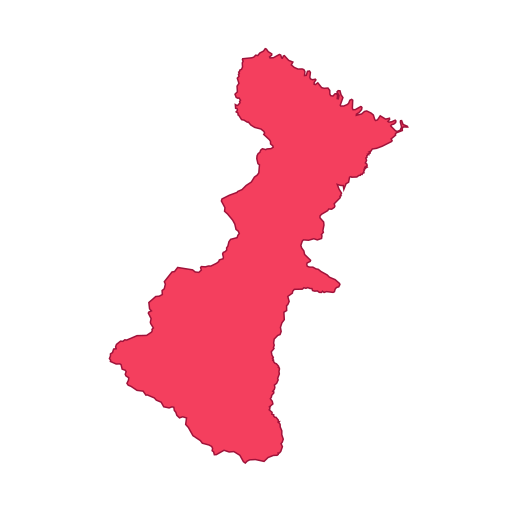 the district of Buga, Valle del Cauca, Colombia, rotated 101°
{"feature_id": "7082276B89105760254188", "entity_name": "Buga", "entity_type": "district", "adm_level": 2, "iso_a3": "COL", "parent_name": "Colombia", "parent_adm1": "Valle del Cauca", "projection": "robinson", "projection_center": [-76.07, 3.856], "detail": "fine", "context": "isolated", "style": "filled", "palette": "rose", "viewbox_px": 512, "rotation_deg": 101, "n_neighbors": 0, "source": "geoboundaries", "source_scale": "gbopen_adm2", "svg_char_len": 6055}
<svg xmlns="http://www.w3.org/2000/svg" viewBox="0 0 512 512"><g transform="rotate(101 256 256)"><path d="M407.8,353.8L410.6,347.2L410.2,341.0L413.6,337.5L413.1,336.3L414.7,328.7L416.5,326.4L417.6,321.2L421.6,317.8L421.7,312.3L420.1,309.7L420.2,307.8L423.2,306.7L424.7,304.9L427.5,303.3L429.5,300.2L427.8,297.3L428.2,293.3L434.8,292.9L437.2,289.7L444.4,283.6L447.8,275.4L450.0,273.0L450.5,266.1L451.4,263.2L453.1,261.9L455.5,261.9L456.4,260.2L459.0,259.0L458.6,257.1L452.8,250.3L453.5,245.0L452.2,240.4L454.7,233.8L460.3,229.1L461.3,227.0L459.0,225.5L457.3,223.3L455.9,217.7L456.1,208.9L451.5,205.7L448.4,200.8L447.6,197.3L446.5,196.3L445.2,196.7L445.0,195.5L443.1,194.4L438.1,193.7L435.4,195.6L433.7,194.7L430.6,194.3L426.5,196.6L422.7,197.3L419.2,199.6L416.5,200.3L415.2,201.9L414.4,201.6L414.8,202.5L412.9,202.7L410.5,205.6L410.7,206.8L409.8,208.1L408.5,208.3L408.3,210.2L406.4,210.4L404.5,213.7L403.5,213.2L401.4,214.0L401.2,213.2L400.7,213.4L398.0,211.2L395.5,212.3L393.4,214.7L391.4,213.9L390.0,214.1L387.0,212.4L385.7,212.8L385.6,213.7L383.5,212.6L381.5,212.4L379.1,213.3L377.1,211.5L373.4,210.6L372.0,211.4L367.3,210.6L365.1,211.4L362.4,211.4L361.4,211.8L361.1,212.8L360.0,212.7L357.9,215.4L357.6,217.0L356.3,218.6L355.0,218.9L355.1,219.6L353.8,219.5L353.2,220.3L352.2,219.7L350.4,221.4L347.1,222.7L343.4,220.7L342.6,221.4L340.1,221.1L338.1,222.1L334.1,222.3L329.8,219.5L328.5,217.4L325.3,216.9L321.4,218.4L316.6,217.8L313.1,216.1L305.9,217.9L303.7,215.5L298.9,216.5L297.6,215.5L294.3,214.8L289.6,217.1L285.5,213.2L283.7,213.3L281.4,212.0L279.7,204.2L278.0,202.9L278.2,200.9L277.1,199.1L277.6,196.7L277.3,194.9L279.1,193.9L279.3,191.7L278.6,189.0L279.6,187.0L279.3,184.8L277.9,184.0L278.8,182.2L277.5,180.1L277.0,173.4L276.1,172.2L273.5,172.0L271.6,171.0L270.5,168.9L268.0,168.2L267.0,168.8L264.1,173.8L262.8,179.9L261.0,182.5L258.8,189.3L257.2,192.3L257.2,194.7L256.1,198.0L256.7,201.4L256.3,203.7L254.6,204.6L253.1,204.5L251.0,201.8L249.8,201.6L245.2,208.6L241.9,210.0L239.4,212.7L237.0,214.0L232.5,213.4L231.1,212.5L230.5,207.4L228.0,202.5L228.5,198.9L226.3,195.0L223.7,195.1L222.6,195.9L219.9,194.4L218.4,195.2L212.7,195.2L209.7,196.1L206.3,200.5L204.4,200.8L202.5,199.6L197.8,194.3L196.0,193.6L195.6,190.6L193.3,188.4L192.0,188.1L189.8,189.2L182.7,184.5L181.5,185.0L180.6,184.0L180.2,184.6L178.0,184.0L174.6,187.2L170.2,189.9L170.6,186.3L170.2,183.8L173.8,182.5L167.9,181.4L165.9,179.2L160.8,179.2L160.0,178.0L160.4,177.2L159.2,172.1L157.3,170.4L156.9,169.0L155.8,168.7L155.7,167.4L154.4,167.1L153.7,165.9L152.1,166.4L150.8,165.9L150.2,166.5L149.3,165.4L148.2,166.2L147.3,165.3L148.4,164.9L147.5,163.8L147.1,164.4L145.8,164.2L144.6,164.8L143.8,166.4L141.0,165.7L138.9,166.9L137.9,165.9L136.5,166.4L135.3,165.4L134.9,165.7L134.9,164.6L133.8,165.0L133.4,163.7L132.1,163.7L132.0,164.5L131.0,163.1L128.8,162.3L127.3,158.2L124.2,153.1L117.7,144.7L116.8,144.4L115.3,145.7L110.7,142.0L109.7,142.5L108.3,141.7L104.9,136.3L102.9,136.8L101.2,136.0L100.5,131.7L99.8,132.1L98.8,136.7L95.3,138.9L95.6,139.9L96.9,139.9L101.7,137.7L105.2,138.6L106.8,141.2L106.4,143.1L102.6,148.6L101.3,148.0L100.2,145.9L98.4,144.4L96.8,144.4L96.1,145.3L98.4,148.5L99.2,151.1L98.8,152.2L96.4,150.9L95.3,151.3L96.9,154.9L94.7,160.8L99.2,162.7L100.2,164.4L99.5,165.4L95.2,167.7L93.7,170.4L92.5,175.0L93.4,177.1L96.4,179.4L98.8,184.4L97.6,184.5L95.6,182.3L92.2,180.3L90.1,180.3L89.4,181.0L89.3,181.7L93.4,186.5L93.9,188.7L92.5,189.6L84.6,190.8L84.0,192.0L85.2,193.6L88.4,194.2L89.9,195.3L92.1,198.6L92.6,201.5L91.9,202.1L83.9,200.9L81.5,203.3L77.8,205.1L78.0,206.9L79.5,207.8L82.6,205.2L86.0,205.2L86.0,206.3L82.7,206.6L81.3,207.9L81.7,209.4L84.3,211.0L84.4,213.2L83.0,214.4L79.4,215.2L77.4,217.4L78.4,221.2L78.2,223.7L74.2,228.4L76.4,230.4L76.3,231.7L74.5,232.0L71.7,230.8L71.1,231.5L72.2,234.1L71.8,236.3L70.3,237.3L65.5,237.6L64.2,238.8L64.9,240.7L69.1,241.1L69.6,242.8L65.6,243.2L63.9,244.6L63.6,246.4L64.5,250.4L63.6,254.4L61.7,257.8L58.6,256.8L57.7,261.3L53.9,266.4L54.4,267.3L56.8,267.8L56.7,268.6L54.0,270.1L53.7,271.5L58.0,276.7L58.9,280.0L58.0,280.7L55.8,278.9L54.6,279.1L53.1,283.0L50.9,285.3L50.7,286.5L53.4,287.7L56.0,291.0L58.9,292.5L58.9,294.6L61.3,296.2L62.3,298.1L64.9,306.7L65.9,306.8L67.2,305.8L69.1,306.3L73.0,305.3L75.5,305.8L76.5,307.3L78.1,307.4L78.8,308.1L80.1,307.2L81.0,307.9L82.9,307.0L85.0,308.3L89.8,305.7L92.9,307.0L98.4,305.6L101.2,307.5L104.1,305.7L104.6,303.9L104.1,302.9L106.0,300.9L107.4,301.6L108.6,300.9L111.5,302.6L111.9,303.3L111.3,305.2L114.9,304.2L114.9,302.8L115.6,302.2L117.0,302.2L118.3,303.0L119.1,301.0L121.0,300.5L121.2,299.7L124.9,296.2L124.9,293.7L126.3,290.1L126.0,289.0L128.4,286.1L130.0,281.9L130.4,275.4L132.2,272.0L133.7,271.0L135.2,271.6L139.3,265.0L140.8,263.6L143.2,263.1L144.7,260.5L146.0,259.9L147.7,261.7L148.8,265.6L149.7,266.7L149.5,270.2L151.2,271.6L153.6,272.0L155.0,273.4L157.5,274.1L160.3,273.8L165.0,271.7L165.8,270.0L173.9,269.1L176.4,270.3L178.8,272.6L184.3,274.7L188.6,279.1L193.5,282.4L196.1,286.2L197.3,286.9L201.4,293.7L206.5,300.3L208.6,300.5L214.5,295.7L218.1,295.4L220.2,291.9L225.3,285.7L228.7,282.9L233.7,280.7L235.0,278.2L237.1,276.7L239.0,277.7L241.6,278.1L244.5,284.1L247.2,285.3L251.7,285.5L253.6,286.4L255.8,285.9L257.7,287.2L258.7,288.8L260.3,289.2L263.3,287.8L265.0,287.8L266.8,291.2L268.7,291.6L270.7,293.4L274.5,298.4L274.9,300.8L276.3,303.6L276.8,307.6L277.9,308.2L280.3,307.0L283.0,309.0L283.3,312.6L281.7,315.6L282.2,330.7L286.8,333.0L287.7,335.4L298.7,341.1L300.9,339.6L305.7,339.8L307.8,341.6L311.7,340.6L313.9,343.3L314.9,346.7L322.1,352.3L328.2,350.4L329.8,348.2L331.6,350.6L332.6,350.8L337.5,347.0L341.1,347.1L342.4,346.5L346.2,343.0L347.8,344.1L349.2,343.6L350.6,344.0L354.8,348.2L356.9,357.6L363.2,366.9L363.3,368.8L365.2,370.4L365.4,372.7L369.4,376.1L371.9,376.5L373.7,375.6L374.5,378.0L378.1,378.4L379.9,380.2L381.9,379.8L384.7,380.3L386.0,378.8L387.3,378.8L388.7,372.7L387.9,369.1L388.3,367.8L392.6,365.8L393.1,362.6L394.3,361.4L397.0,361.8L398.5,360.8L399.8,357.7L402.3,357.5L405.6,358.4L407.2,356.8L407.8,353.8Z" fill="#f43f5e" stroke="#9f1239" stroke-width="1.5"/></g></svg>